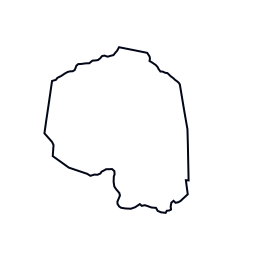 outline of São Rafael, Rio Grande do Norte, Brazil, rotated 310°
{"feature_id": "56859067B29032329313667", "entity_name": "São Rafael", "entity_type": "district", "adm_level": 2, "iso_a3": "BRA", "parent_name": "Brazil", "parent_adm1": "Rio Grande do Norte", "projection": "mercator", "projection_center": [-36.882, -5.844], "detail": "fine", "context": "isolated", "style": "outline", "palette": "ink", "viewbox_px": 256, "rotation_deg": 310, "n_neighbors": 0, "source": "geoboundaries", "source_scale": "gbopen_adm2", "svg_char_len": 1353}
<svg xmlns="http://www.w3.org/2000/svg" viewBox="0 0 256 256"><g transform="rotate(310 128 128)"><path d="M59.6,108.1L66.7,126.3L67.2,129.9L70.8,132.3L72.6,134.7L75.4,136.1L77.6,135.8L79.3,136.6L82.3,137.7L84.2,139.9L86.3,142.2L86.2,145.3L83.8,147.6L81.9,148.2L77.6,151.5L74.4,155.1L73.5,158.1L72.6,163.2L71.0,165.3L64.8,167.2L63.1,168.8L62.2,171.7L62.5,174.1L64.8,177.9L68.0,182.1L71.9,184.4L77.3,186.0L77.2,188.6L79.5,190.3L80.4,192.2L82.2,197.1L84.8,200.8L83.6,204.0L84.6,207.4L87.2,211.4L89.5,210.9L91.3,212.6L93.2,213.4L95.2,211.2L98.7,209.2L101.5,209.7L101.3,212.5L103.4,214.2L106.0,215.2L109.0,215.5L115.6,216.4L125.2,205.9L126.8,208.1L153.7,184.6L165.3,174.3L176.9,160.5L194.7,139.7L195.3,137.6L195.3,135.4L195.1,133.1L195.3,130.7L195.1,127.6L195.4,122.9L194.2,121.0L193.5,118.3L192.1,116.5L192.8,113.7L193.7,111.5L194.1,108.8L193.7,104.7L193.2,101.4L195.3,100.2L196.6,98.6L197.9,94.4L192.8,85.0L184.1,69.2L180.2,70.0L177.7,69.9L174.5,70.0L172.3,68.4L169.5,66.5L168.3,63.4L166.4,61.9L163.4,61.9L160.7,61.3L158.7,59.5L156.8,57.5L152.7,56.7L150.2,53.9L148.4,52.3L146.6,50.6L145.0,48.8L142.5,48.4L140.1,49.3L138.0,49.9L135.9,49.1L133.9,47.0L132.0,45.7L128.6,44.4L126.6,43.9L124.5,43.2L121.1,41.7L118.5,41.8L115.2,39.6L93.2,53.2L81.6,60.3L70.2,67.4L68.5,78.8L67.1,81.9L58.1,88.4L59.6,108.1Z" fill="none" stroke="#020617" stroke-width="2"/></g></svg>